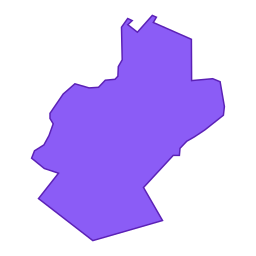 the district of Karaulbazar, Bukhoro, Uzbekistan
{"feature_id": "79887680B6404412845327", "entity_name": "Karaulbazar", "entity_type": "district", "adm_level": 2, "iso_a3": "UZB", "parent_name": "Uzbekistan", "parent_adm1": "Bukhoro", "projection": "robinson", "projection_center": [64.77, 39.381], "detail": "fine", "context": "isolated", "style": "filled", "palette": "violet", "viewbox_px": 256, "rotation_deg": 0, "n_neighbors": 0, "source": "geoboundaries", "source_scale": "gbopen_adm2", "svg_char_len": 611}
<svg xmlns="http://www.w3.org/2000/svg" viewBox="0 0 256 256"><path d="M31.6,158.2L44.3,168.5L58.5,173.2L38.5,198.6L92.8,240.6L162.5,220.5L143.5,187.5L173.2,155.4L179.4,155.4L180.0,148.3L186.8,141.2L194.3,136.9L205.0,129.8L223.4,115.2L224.4,106.6L220.1,81.7L212.7,78.7L191.6,80.6L191.4,39.3L153.3,22.5L156.4,17.2L152.3,15.4L137.4,32.2L127.8,24.7L132.2,20.6L127.7,18.5L121.5,27.2L122.2,59.8L118.3,66.6L117.9,76.2L115.0,79.3L105.3,80.2L98.5,87.3L89.1,87.9L74.9,83.8L63.2,94.0L50.0,113.3L50.0,118.5L53.2,123.8L49.0,135.6L43.9,144.9L34.5,150.8L31.6,158.2Z" fill="#8b5cf6" stroke="#5b21b6" stroke-width="1.5"/></svg>